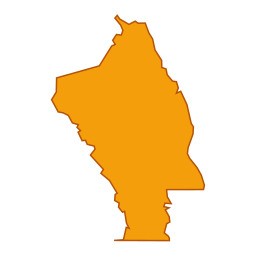 the district of Napa, California, United States of America
{"feature_id": "52423323B42957866846180", "entity_name": "Napa", "entity_type": "district", "adm_level": 2, "iso_a3": "USA", "parent_name": "United States of America", "parent_adm1": "California", "projection": "robinson", "projection_center": [-122.326, 38.51], "detail": "fine", "context": "isolated", "style": "filled", "palette": "amber", "viewbox_px": 256, "rotation_deg": 0, "n_neighbors": 0, "source": "geoboundaries", "source_scale": "gbopen_adm2", "svg_char_len": 1115}
<svg xmlns="http://www.w3.org/2000/svg" viewBox="0 0 256 256"><path d="M117.2,15.4L114.9,18.1L120.6,25.0L122.9,30.4L121.3,35.1L116.5,34.5L112.7,40.3L115.2,44.4L111.8,45.9L99.3,65.9L56.6,77.9L56.3,92.0L51.6,99.7L58.2,111.9L63.0,112.8L68.3,115.4L72.4,122.9L78.3,124.7L77.0,127.4L80.5,130.6L78.1,132.2L82.1,140.7L85.5,140.3L87.2,144.3L94.2,146.1L95.0,149.2L90.4,155.1L103.4,169.4L100.9,173.3L109.5,180.5L117.2,193.2L115.2,194.4L114.7,200.5L119.2,203.1L118.5,207.1L122.5,212.2L124.6,211.4L126.5,223.2L129.1,228.3L126.3,227.3L123.4,239.8L114.1,240.4L169.4,240.6L169.3,238.1L168.4,236.3L164.3,232.8L166.7,223.7L169.8,222.0L169.2,216.7L165.3,209.8L169.0,207.8L163.8,206.6L165.0,203.2L171.2,203.6L167.3,196.8L166.6,189.6L185.5,189.6L203.5,189.5L204.4,185.2L201.3,175.2L197.1,167.7L189.6,158.3L187.4,153.6L188.1,147.7L193.0,134.0L193.4,126.8L191.2,123.4L186.9,104.5L180.7,91.3L176.4,93.2L178.3,87.9L176.4,81.7L172.5,81.1L167.2,74.8L166.0,68.9L161.8,67.5L161.6,60.4L155.0,50.0L152.6,39.0L148.8,32.8L145.2,23.1L138.0,23.2L135.2,21.2L129.0,24.4L119.8,19.1L117.2,15.4Z" fill="#f59e0b" stroke="#b45309" stroke-width="1.5"/></svg>